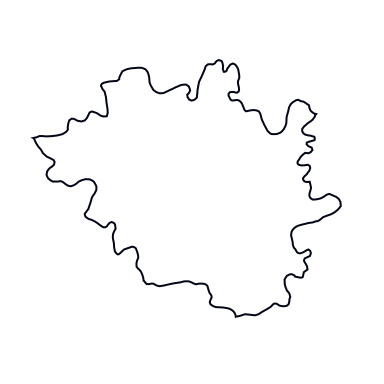 the district of Chavusy, Mogilev, Belarus, rotated 77°
{"feature_id": "67162791B68481301764251", "entity_name": "Chavusy", "entity_type": "district", "adm_level": 2, "iso_a3": "BLR", "parent_name": "Belarus", "parent_adm1": "Mogilev", "projection": "orthographic", "projection_center": [30.902, 53.786], "detail": "fine", "context": "isolated", "style": "outline", "palette": "ink", "viewbox_px": 384, "rotation_deg": 77, "n_neighbors": 0, "source": "geoboundaries", "source_scale": "gbopen_adm2", "svg_char_len": 5560}
<svg xmlns="http://www.w3.org/2000/svg" viewBox="0 0 384 384"><g transform="rotate(77 192 192)"><path d="M103.7,334.4L104.0,334.0L106.7,333.5L109.4,332.9L113.1,331.6L116.6,329.7L120.8,328.4L124.9,325.5L126.9,322.9L129.7,319.7L131.7,319.1L134.3,320.3L135.7,322.6L136.5,324.8L137.5,326.5L139.6,328.7L142.8,329.9L146.1,329.2L147.8,328.0L149.3,326.7L150.6,325.0L151.1,322.7L151.6,320.5L151.9,317.5L153.2,315.6L155.7,313.6L157.9,311.5L159.1,309.1L158.9,305.9L157.9,302.9L156.3,299.8L155.6,296.0L155.6,292.6L156.7,288.8L158.6,286.4L160.2,285.2L163.6,284.2L165.3,283.9L168.6,284.8L171.6,287.3L173.5,289.5L175.4,291.1L177.5,292.2L180.2,293.7L183.0,295.5L185.1,296.7L187.1,299.0L189.2,301.5L190.9,301.5L192.2,301.3L194.5,299.3L195.3,298.3L196.2,296.6L197.5,294.9L199.1,293.0L201.0,291.2L203.3,289.3L205.3,287.5L206.2,286.7L206.9,284.6L206.2,282.5L205.0,281.3L203.5,279.2L203.2,277.1L204.5,275.1L206.3,274.3L210.6,274.7L212.1,276.1L214.7,278.1L216.1,278.7L218.5,279.4L222.0,279.6L224.1,279.6L228.2,280.3L232.5,280.5L234.7,279.5L236.0,278.6L236.2,277.3L235.0,275.0L234.0,273.5L232.7,271.0L232.4,268.2L232.1,265.5L231.8,262.5L232.8,260.6L234.3,259.4L237.8,258.9L240.0,258.8L241.8,258.8L244.1,259.2L246.4,260.9L248.8,262.1L252.2,262.8L254.5,261.8L256.1,260.6L258.7,259.5L261.7,259.0L264.7,258.8L267.6,259.1L267.8,258.8L269.4,258.0L271.3,257.1L272.1,254.9L272.1,252.2L272.6,250.3L274.2,248.6L275.4,247.1L276.5,244.8L276.8,240.0L276.8,234.2L276.9,230.1L277.4,223.8L277.3,220.3L277.6,218.0L278.5,214.9L280.0,212.7L281.4,211.2L282.9,208.6L282.8,206.3L283.3,203.7L284.3,200.5L285.9,198.7L287.2,198.1L288.9,198.0L290.9,198.0L294.2,197.6L296.3,196.7L297.4,196.4L299.2,196.6L301.6,198.5L303.4,199.5L305.3,199.3L306.6,198.4L308.3,196.6L309.6,194.4L310.4,191.6L311.3,188.4L312.3,185.7L314.0,182.0L315.8,179.9L317.7,178.4L320.0,177.5L322.2,177.3L323.4,177.4L323.5,173.3L323.0,167.9L324.0,164.9L325.2,161.5L326.3,158.5L326.1,154.7L324.7,151.1L323.5,147.0L322.4,143.3L321.2,140.4L319.7,138.4L319.2,136.5L319.9,134.7L321.3,133.3L322.5,132.1L323.8,129.0L324.1,127.4L324.1,124.8L322.9,123.0L320.3,121.7L318.5,121.2L316.4,119.9L313.7,119.9L312.2,120.2L309.3,121.7L306.1,122.2L303.1,122.4L298.0,121.5L295.1,118.5L294.3,115.7L294.5,113.3L296.4,110.9L297.5,110.8L299.0,107.6L300.0,105.3L299.9,103.3L297.3,102.0L295.3,101.1L293.5,96.9L290.7,96.6L288.4,97.1L286.0,97.9L284.1,98.4L282.1,97.1L281.6,95.1L281.4,93.6L280.8,91.4L278.2,89.9L275.9,90.1L274.2,91.5L274.5,93.5L275.3,95.5L275.9,98.0L276.1,100.6L275.4,102.2L274.1,103.3L271.0,104.2L269.1,105.3L266.3,105.6L263.2,105.2L260.3,105.2L256.4,105.2L253.8,104.2L252.1,103.1L250.2,100.6L249.2,98.2L248.7,95.9L248.5,92.4L248.5,89.2L248.4,85.6L248.8,81.3L248.4,77.8L248.7,75.8L247.6,73.0L246.0,69.9L245.7,67.9L245.3,64.6L245.0,61.5L244.0,58.0L242.7,55.1L241.1,52.5L239.2,50.2L235.2,49.6L231.8,50.5L229.1,52.7L227.7,54.7L225.9,57.0L224.7,58.7L225.0,61.8L226.2,64.4L227.2,68.4L227.2,71.7L226.9,74.5L226.4,76.3L224.6,77.9L223.0,78.4L221.6,78.4L219.8,77.8L216.6,76.0L214.5,75.0L211.8,75.0L208.5,75.0L208.1,77.8L207.8,78.7L206.8,80.1L205.4,80.8L203.8,80.9L202.2,79.2L200.6,76.3L198.9,74.5L197.6,72.8L195.2,71.4L193.1,71.4L191.5,73.1L191.3,76.4L190.8,79.1L189.8,81.4L188.6,82.5L187.6,82.7L186.1,82.2L184.6,80.5L182.4,78.4L181.1,76.5L179.3,73.0L180.5,69.7L179.7,67.1L178.2,65.2L175.7,65.4L173.5,68.3L171.4,69.6L169.7,69.1L169.3,66.5L169.2,62.7L169.0,60.9L167.0,60.2L165.7,60.4L163.6,64.2L163.1,65.9L161.3,69.1L159.2,70.6L157.3,70.9L155.5,70.5L153.5,68.3L150.9,63.5L149.8,60.6L148.7,58.2L146.3,55.5L144.9,54.8L144.0,53.5L143.3,54.9L141.8,56.5L139.6,58.1L137.3,58.6L133.7,58.6L132.9,59.4L129.1,62.9L128.0,65.5L126.1,67.6L126.0,70.0L127.2,73.6L128.7,76.1L131.2,78.3L135.2,80.2L137.5,81.5L140.4,83.0L146.1,84.6L148.7,86.1L151.3,88.3L153.2,90.7L154.1,92.8L154.6,96.3L153.9,99.9L153.3,101.7L152.3,102.8L149.5,104.6L146.0,105.6L143.5,106.3L138.4,107.4L136.4,107.7L132.9,107.8L130.8,107.9L128.4,108.8L126.8,111.2L125.9,114.0L125.6,116.9L125.6,119.7L125.5,121.2L124.6,121.9L123.4,122.5L121.6,122.7L119.9,123.0L117.3,123.4L115.4,124.1L114.2,125.0L113.0,126.1L112.5,127.5L112.2,129.9L111.9,132.3L110.8,133.6L106.4,134.7L104.6,134.3L103.3,132.7L103.4,130.8L103.9,128.9L104.9,127.1L105.4,125.9L104.6,124.0L102.9,123.1L100.2,122.8L97.6,122.8L94.9,122.5L92.9,121.3L91.6,120.3L88.7,119.7L83.6,119.4L80.8,119.8L77.7,121.1L76.0,123.2L76.5,126.0L78.0,127.8L80.0,130.1L81.6,131.0L82.3,132.6L82.0,134.0L79.1,134.3L76.0,133.3L72.9,133.3L71.0,133.7L69.4,136.4L70.0,138.7L71.9,141.0L72.4,143.2L71.7,144.9L71.2,147.7L72.5,150.4L75.1,151.9L77.5,153.6L81.4,156.5L86.2,160.3L91.1,162.5L94.5,163.9L97.3,164.7L98.5,165.2L101.1,166.0L102.7,168.9L102.9,171.7L101.4,173.9L98.4,175.0L96.1,174.8L94.8,172.6L92.7,171.0L90.9,171.0L88.3,171.4L85.9,173.8L85.5,176.1L85.3,178.9L85.9,182.0L86.3,184.5L86.9,186.7L87.8,191.1L88.5,194.2L89.2,197.6L88.6,201.2L86.5,204.5L83.8,206.7L79.0,208.2L75.8,208.7L70.2,207.9L67.0,208.0L64.6,208.4L61.9,209.8L59.8,212.8L58.8,216.4L58.4,219.6L57.8,223.3L57.7,226.8L57.9,229.3L58.8,232.8L61.2,234.8L63.9,237.0L65.8,237.6L66.9,240.2L66.5,242.3L66.1,245.1L65.7,247.8L65.7,250.5L65.7,253.2L66.4,255.7L68.0,256.8L71.7,256.0L74.5,254.6L80.1,254.5L86.7,255.3L91.7,255.6L95.8,256.3L99.0,257.9L98.6,261.1L96.8,264.2L94.5,266.1L92.9,268.2L92.5,268.9L91.0,271.4L91.5,273.9L93.8,275.7L96.4,277.9L98.2,280.5L98.4,283.9L96.8,287.6L94.2,290.5L93.5,292.8L94.6,295.5L97.5,297.2L101.5,298.7L103.2,298.8L105.1,301.1L106.5,305.2L106.6,310.2L106.2,314.5L105.7,318.1L104.7,322.8L104.0,324.4L103.2,328.0L103.7,331.1L103.7,334.4Z" fill="none" stroke="#020617" stroke-width="2"/></g></svg>